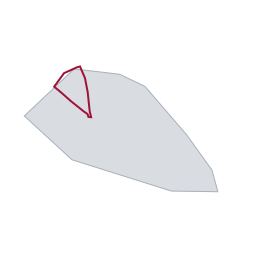 where Choiseul sits in Saint Lucia, rotated 105°
{"feature_id": "LCA-5078", "entity_name": "Choiseul", "entity_type": "Quarter", "adm_level": 1, "iso_a3": "LCA", "parent_name": "Saint Lucia", "parent_adm1": "", "projection": "mercator", "projection_center": [-61.017, 13.796], "detail": "fine", "context": "in_parent", "style": "outline", "palette": "rose", "viewbox_px": 256, "rotation_deg": 105, "n_neighbors": 0, "source": "natural_earth", "source_scale": "10m", "svg_char_len": 505}
<svg xmlns="http://www.w3.org/2000/svg" viewBox="0 0 256 256"><g transform="rotate(105 128 128)"><path d="M173.2,173.9L143.2,231.3L84.9,195.3L78.3,150.0L83.4,122.5L119.1,70.0L146.9,36.0L166.3,24.7L177.7,69.9L173.2,173.9Z" fill="#d9dde1" stroke="#a8b0b8" stroke-width="1"/><path d="M107.2,210.0L91.6,204.0L82.7,193.2L81.0,190.3L90.9,182.5L103.6,176.3L121.6,169.4L127.1,166.4L127.5,169.1L125.0,170.7L123.3,175.4L116.7,190.4L110.9,202.0L107.2,210.0Z" fill="none" stroke="#9f1239" stroke-width="2"/></g></svg>